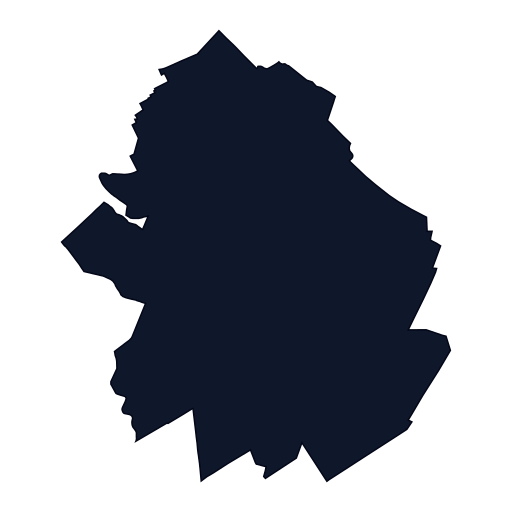 the district of Oarja, Arges, Romania
{"feature_id": "2599482B29639056489125", "entity_name": "Oarja", "entity_type": "district", "adm_level": 2, "iso_a3": "ROU", "parent_name": "Romania", "parent_adm1": "Arges", "projection": "orthographic", "projection_center": [24.954, 44.771], "detail": "fine", "context": "isolated", "style": "filled", "palette": "ink", "viewbox_px": 512, "rotation_deg": 0, "n_neighbors": 0, "source": "geoboundaries", "source_scale": "gbopen_adm2", "svg_char_len": 5340}
<svg xmlns="http://www.w3.org/2000/svg" viewBox="0 0 512 512"><path d="M326.9,481.3L329.0,479.7L341.4,471.7L366.1,455.7L393.1,438.3L405.6,430.2L406.9,429.3L411.9,421.9L408.2,420.1L412.1,413.6L422.8,395.4L438.7,370.3L450.4,350.4L446.0,336.2L442.3,335.3L426.2,329.8L408.2,329.9L413.9,318.2L423.1,299.5L430.7,283.4L435.5,272.3L436.6,268.5L432.4,268.1L440.6,245.9L436.7,243.4L430.5,240.2L430.7,237.4L432.1,231.3L427.1,231.3L426.5,217.2L423.1,215.5L411.1,209.2L398.4,201.8L389.1,195.5L375.3,184.6L365.8,176.6L361.8,172.8L352.8,164.3L349.5,161.1L349.4,160.8L350.6,159.6L351.8,158.5L352.4,157.6L352.8,156.3L352.7,155.0L352.0,153.7L349.7,150.9L349.2,148.6L349.5,145.8L350.5,143.4L342.5,135.7L337.1,130.1L331.7,124.5L327.4,120.4L327.6,119.7L329.5,114.1L333.6,101.8L334.4,99.1L335.3,96.5L334.4,95.8L333.9,95.5L329.3,92.3L320.9,87.5L319.0,87.1L316.3,86.4L314.3,84.2L312.3,82.0L310.5,81.4L306.7,80.2L302.3,76.7L296.3,71.9L291.3,67.9L290.8,67.5L290.3,67.1L289.2,66.3L288.7,65.8L287.9,65.6L286.9,65.2L286.2,64.8L285.5,64.2L285.0,63.9L283.9,63.9L282.3,64.1L281.4,63.8L280.5,63.3L279.7,62.8L278.9,61.8L277.8,62.8L274.2,65.1L270.5,67.2L269.2,67.9L267.1,68.9L265.7,68.6L264.3,68.2L263.0,67.3L261.7,66.6L260.8,66.3L259.7,66.3L258.6,66.3L257.9,66.4L257.7,67.0L257.7,67.5L256.7,68.6L244.0,55.9L234.3,45.8L226.0,37.9L218.9,30.7L218.3,31.4L198.2,53.1L198.6,53.2L198.5,53.4L197.8,54.1L196.4,54.5L187.3,58.4L187.2,58.5L184.5,59.6L184.0,59.8L180.3,61.4L177.3,62.8L174.5,64.0L173.8,64.4L172.1,65.1L169.2,66.4L167.4,67.2L165.5,68.0L163.1,68.8L161.7,69.1L159.1,69.5L159.3,69.9L159.4,70.2L160.2,72.0L160.8,73.5L161.5,75.0L164.4,73.3L165.4,75.4L166.5,77.4L168.4,81.5L165.6,83.1L164.5,83.6L158.6,86.6L155.8,88.0L154.6,88.7L155.4,90.1L154.4,90.6L153.9,90.9L154.9,92.8L154.5,93.0L150.2,95.1L151.0,96.8L150.9,96.9L148.1,98.3L148.4,99.1L144.6,101.1L140.9,103.1L140.0,103.5L141.4,106.1L141.6,106.6L142.3,108.1L143.2,109.8L135.3,115.2L136.7,117.1L137.2,119.1L134.8,119.3L136.3,122.6L132.2,125.0L138.5,138.1L134.0,154.2L132.1,155.1L130.2,156.1L134.1,163.7L137.7,170.7L137.1,171.1L136.6,171.5L133.9,172.7L130.7,173.7L127.9,174.2L124.5,174.5L121.9,174.3L119.2,174.1L118.0,174.1L115.3,173.9L113.2,173.8L112.6,173.8L111.9,174.1L110.7,174.7L109.8,175.2L108.9,175.2L108.2,174.9L107.4,174.4L106.6,173.9L105.6,173.4L104.2,173.2L103.5,173.2L103.1,173.2L102.0,173.2L101.4,173.2L101.1,173.4L100.4,173.9L99.5,175.1L99.3,176.5L99.5,177.6L102.1,183.3L103.6,185.6L105.3,187.7L105.5,188.0L106.2,188.8L106.6,189.2L106.9,189.5L109.0,191.6L110.6,193.1L111.8,194.2L112.6,194.7L114.3,196.1L116.0,197.1L117.7,198.4L120.1,200.3L122.0,201.5L123.6,202.6L125.2,203.7L125.9,204.2L126.6,204.7L127.0,205.3L127.2,206.0L127.3,206.7L127.0,207.8L126.6,210.1L126.0,215.2L127.4,216.0L128.8,216.9L130.4,218.0L132.8,218.4L134.4,218.4L136.0,218.4L138.6,218.4L141.9,217.7L143.6,217.0L148.1,216.1L147.0,219.0L145.9,221.6L144.6,224.8L143.2,228.0L142.6,229.5L141.7,229.1L140.0,227.8L139.0,227.1L137.9,226.4L136.8,225.4L136.2,225.0L135.6,224.6L134.4,224.3L132.9,223.9L131.4,223.5L130.4,223.2L129.4,222.9L128.4,222.5L127.7,221.8L127.5,221.3L127.2,220.9L126.8,220.3L126.0,219.6L125.3,218.9L124.4,218.1L123.3,217.0L121.5,215.8L120.4,215.4L119.4,214.9L117.4,214.3L116.5,214.0L115.0,212.4L114.0,210.6L112.5,208.4L111.4,207.3L110.2,206.6L108.0,204.7L104.5,202.6L104.3,202.5L104.0,202.3L102.9,203.4L101.1,205.2L100.0,206.3L97.5,208.5L96.2,209.7L92.9,213.0L92.0,213.9L87.7,217.9L81.4,223.8L76.9,228.0L61.6,242.0L62.1,242.7L63.7,244.8L65.1,246.3L65.5,246.4L68.3,249.7L72.4,255.2L74.6,258.1L75.5,259.4L79.3,264.4L81.6,268.0L84.0,271.5L90.0,272.9L92.8,273.6L97.7,274.7L101.4,275.6L103.2,276.0L110.5,279.3L111.9,280.3L113.0,281.2L114.3,283.0L114.9,283.7L115.4,285.3L115.9,286.3L117.4,288.8L119.2,291.3L119.8,292.3L120.5,293.7L121.0,294.9L122.0,295.7L122.9,296.5L125.9,297.7L131.3,299.1L135.2,299.9L135.6,300.0L136.0,300.1L136.6,300.5L138.5,301.1L139.1,301.2L139.5,301.3L140.0,301.5L141.7,302.2L142.9,302.6L144.9,303.2L145.6,303.4L141.2,314.3L136.8,325.2L132.4,336.1L131.9,337.2L131.3,338.2L129.2,340.4L127.4,341.7L125.5,343.1L121.1,346.5L116.7,349.8L114.5,351.5L114.6,351.9L114.9,353.4L115.2,355.4L116.2,358.3L116.7,361.1L116.9,367.1L116.9,368.6L110.9,381.6L110.9,384.2L111.1,384.7L111.5,385.2L112.9,387.9L114.3,390.4L115.5,392.6L115.8,393.0L116.0,393.4L117.2,394.0L120.4,395.1L123.5,396.0L125.1,396.5L125.7,397.3L126.2,398.0L125.9,399.7L125.1,401.9L123.7,404.9L122.5,407.4L122.0,409.1L122.3,410.6L122.9,412.1L123.8,413.2L124.9,413.6L127.1,414.0L129.4,414.5L130.6,415.0L131.7,415.9L132.4,417.1L132.5,417.8L132.6,418.5L132.1,420.6L131.9,422.1L132.0,423.8L132.1,424.6L132.3,425.5L133.0,427.2L134.6,429.3L135.8,431.1L136.3,432.2L136.4,433.4L136.4,434.6L136.4,435.7L136.4,436.7L136.5,438.9L136.1,440.7L135.9,441.2L140.7,438.4L157.5,428.6L160.2,427.0L166.9,423.1L168.0,423.4L175.5,418.9L183.0,414.4L192.7,408.4L193.0,408.6L193.3,411.1L195.6,430.6L196.1,435.0L196.2,436.3L196.3,436.8L196.4,437.6L196.4,437.8L197.1,443.1L197.3,445.4L197.4,446.5L197.5,447.7L197.6,448.9L197.7,449.8L197.7,450.1L197.9,451.3L198.0,452.5L198.5,455.6L198.7,457.2L199.3,461.7L199.6,463.8L199.6,464.1L200.0,467.8L201.2,481.0L207.0,476.6L210.1,474.8L213.3,472.9L228.3,463.2L250.5,449.9L255.4,462.6L256.3,464.1L266.1,466.7L265.3,470.8L263.7,476.5L265.4,478.4L296.3,458.1L301.9,442.7L302.1,443.0L326.9,481.3Z" fill="#0f172a" stroke="#020617" stroke-width="1.5"/></svg>